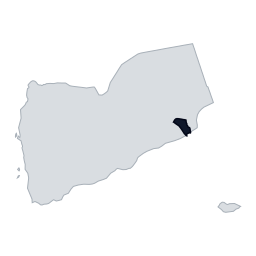 Qishn, Al Mahrah, Yemen (highlighted)
{"feature_id": "15242507B46563890594581", "entity_name": "Qishn", "entity_type": "district", "adm_level": 2, "iso_a3": "YEM", "parent_name": "Yemen", "parent_adm1": "Al Mahrah", "projection": "equal_earth", "projection_center": [51.542, 15.673], "detail": "fine", "context": "in_parent", "style": "filled", "palette": "ink", "viewbox_px": 256, "rotation_deg": 0, "n_neighbors": 0, "source": "geoboundaries", "source_scale": "gbopen_adm2", "svg_char_len": 4858}
<svg xmlns="http://www.w3.org/2000/svg" viewBox="0 0 256 256"><path d="M213.4,102.6L204.0,107.1L201.5,109.1L199.2,111.6L197.5,114.7L196.4,120.1L197.3,125.0L197.2,127.7L194.7,129.4L192.5,130.7L189.9,132.6L188.4,133.1L187.1,134.7L185.6,135.7L180.4,138.5L174.6,140.7L165.4,143.3L161.8,146.1L158.6,148.0L153.7,148.6L146.9,151.3L143.2,153.4L138.5,156.9L137.5,158.0L136.7,160.6L135.2,162.8L132.4,166.5L130.3,168.3L128.9,168.4L126.2,169.5L122.9,169.7L117.5,168.4L116.1,169.3L114.9,170.7L110.7,173.2L106.5,178.2L103.3,179.5L98.3,181.1L94.7,183.2L92.4,184.0L89.3,184.4L83.7,184.2L78.3,185.0L73.4,186.4L71.0,189.1L68.3,193.3L64.0,195.0L62.9,196.6L61.5,199.7L58.7,200.5L56.2,201.0L53.6,199.7L48.7,203.4L46.8,204.0L44.0,204.2L42.0,205.0L40.5,204.8L38.8,203.3L35.0,201.5L32.2,202.7L32.0,199.1L27.5,188.2L28.6,178.7L28.6,177.4L27.8,173.2L25.1,169.3L25.2,164.4L24.3,160.9L23.7,157.4L23.9,156.4L24.0,155.5L22.6,150.0L22.2,148.9L22.0,147.7L22.5,146.8L22.5,145.8L21.8,144.1L21.1,140.9L17.4,138.4L18.2,136.0L18.9,136.8L19.8,137.5L20.1,136.0L20.1,134.9L18.6,127.7L21.1,118.2L20.5,109.6L24.0,106.1L24.9,105.1L25.5,104.2L26.3,102.2L27.5,101.6L27.9,99.5L27.9,98.5L27.1,97.6L26.6,95.2L26.9,92.2L27.1,90.9L27.5,88.6L28.7,87.8L29.0,87.1L28.1,85.6L28.2,84.7L30.3,82.3L31.2,81.5L32.5,80.8L33.6,80.8L34.8,81.2L35.8,81.9L36.9,83.2L38.0,84.6L39.7,85.1L40.8,85.0L41.8,85.6L42.6,85.3L43.5,84.5L45.0,84.6L46.3,83.7L50.0,83.4L53.6,83.6L57.3,82.9L61.1,83.0L64.8,83.0L65.7,83.1L66.5,83.6L69.7,85.7L72.1,86.2L76.9,86.8L82.1,87.4L86.5,88.0L90.4,87.4L93.5,87.0L94.4,87.1L95.3,88.4L97.2,91.8L98.9,94.9L102.1,95.1L104.1,93.9L106.3,92.3L107.7,91.0L109.3,85.8L110.3,82.5L112.7,78.8L114.7,75.6L117.3,71.5L118.7,69.2L121.6,64.7L124.2,62.9L129.4,59.5L134.5,56.2L137.9,54.0L140.7,53.1L145.4,52.2L150.9,51.2L156.5,50.2L162.4,49.1L168.9,47.9L173.5,47.1L179.2,46.1L184.0,45.2L188.2,44.5L192.6,43.7L193.4,46.2L194.3,48.7L195.1,51.2L195.9,53.7L196.7,56.2L197.6,58.7L198.4,61.2L199.2,63.7L200.1,66.2L200.9,68.7L201.7,71.2L202.6,73.7L203.4,76.2L204.2,78.7L205.1,81.3L205.9,83.8L206.7,86.2L208.0,87.0L208.8,89.4L210.0,92.7L211.1,96.0L212.3,99.3L213.4,102.6ZM226.5,204.2L227.7,204.5L229.4,203.7L234.5,203.5L240.6,206.4L239.5,207.1L238.8,208.1L236.1,209.1L233.4,211.3L225.7,212.3L223.4,211.7L221.5,209.6L218.0,206.9L219.4,205.1L219.7,204.3L220.2,203.6L222.2,202.2L224.1,202.4L226.5,204.2ZM19.4,170.3L19.1,170.9L18.8,170.7L17.6,169.4L18.9,167.9L19.6,169.3L19.4,170.3ZM16.1,136.6L15.5,137.1L15.4,136.2L15.8,134.0L16.4,133.3L16.8,135.0L16.5,135.9L16.1,136.6ZM18.7,177.1L17.4,177.9L18.3,175.9L19.2,175.5L19.4,175.5L18.7,177.1Z" fill="#d9dde1" stroke="#a8b0b8" stroke-width="1"/><path d="M173.6,122.1L173.8,122.2L175.5,123.5L177.1,124.6L177.7,125.0L179.1,126.0L179.5,126.5L180.2,127.5L180.5,127.8L180.8,128.2L182.1,130.1L182.5,130.7L183.6,132.4L184.2,133.4L184.4,133.7L185.0,134.2L185.4,134.6L185.6,134.9L185.7,135.0L186.0,135.4L186.2,135.6L186.4,135.8L186.5,135.8L186.6,135.7L186.8,135.7L186.7,135.5L186.6,135.4L186.4,135.4L186.3,135.2L186.2,135.1L186.3,134.9L186.3,134.7L186.5,134.4L186.6,134.2L186.8,134.0L187.1,133.8L187.3,133.7L187.5,133.6L187.9,133.4L188.2,133.2L188.4,133.1L188.7,133.0L189.3,132.7L189.5,132.7L189.8,132.6L189.9,132.8L190.0,132.8L190.2,133.0L190.3,133.0L190.4,132.9L190.2,132.7L190.3,132.6L190.3,132.4L190.2,132.4L190.3,132.2L190.5,132.0L190.5,131.9L190.5,131.7L190.4,131.4L190.4,131.2L190.3,130.9L190.2,130.7L190.2,130.4L190.2,130.2L190.2,129.9L190.1,129.7L190.1,129.4L190.0,129.1L190.0,128.9L189.9,128.8L189.9,128.7L189.9,128.4L189.8,128.2L189.7,128.0L189.7,127.9L189.5,127.7L189.4,127.7L189.2,127.6L189.0,127.4L188.9,127.4L188.7,127.4L188.4,127.3L188.3,127.2L188.2,127.2L188.1,126.9L188.0,126.7L187.9,126.5L187.9,126.4L187.8,126.2L187.7,126.2L187.6,125.9L187.4,125.7L187.2,125.4L187.1,125.2L186.9,125.0L186.9,124.9L186.8,124.7L186.8,124.4L186.7,124.4L186.7,124.2L186.8,123.9L186.8,123.7L186.7,123.4L186.5,123.2L186.4,123.1L186.4,122.9L186.3,122.7L186.2,122.4L186.2,122.2L186.1,121.9L186.1,121.7L186.1,121.4L186.0,121.2L186.0,120.9L186.0,120.7L186.0,120.4L186.0,120.2L185.9,120.0L185.7,120.0L185.4,119.9L185.2,119.9L184.9,119.8L184.7,119.8L184.4,119.7L184.2,119.7L183.9,119.7L183.7,119.6L183.4,119.6L183.2,119.6L182.9,119.5L182.7,119.5L182.6,119.4L182.4,119.4L182.2,119.4L181.9,119.3L181.7,119.3L181.6,119.2L181.4,119.2L181.2,119.2L180.9,119.1L180.7,119.1L180.4,119.0L180.2,119.0L179.9,119.0L179.7,119.0L179.6,118.9L179.4,118.9L179.2,118.9L178.9,118.8L178.7,118.8L178.4,118.8L178.2,118.7L177.9,118.7L177.7,118.7L177.4,118.7L177.1,118.7L177.1,118.8L176.9,118.8L176.7,118.8L176.4,118.9L176.2,118.9L176.2,119.0L175.9,119.1L175.7,119.2L175.5,119.3L175.4,119.3L175.2,119.5L174.9,119.8L174.7,120.0L174.5,120.3L174.4,120.5L174.3,120.8L174.2,120.9L174.2,121.0L174.0,121.3L173.9,121.4L173.9,121.5L173.8,121.8L173.7,121.9L173.7,122.0L173.6,122.1Z" fill="#0f172a" stroke="#020617" stroke-width="1.5"/></svg>